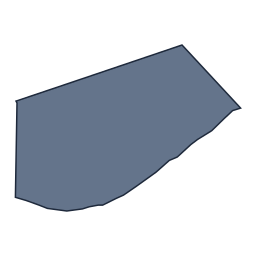 Georgeville, Castries, Saint Lucia
{"feature_id": "8701671B52064180240109", "entity_name": "Georgeville", "entity_type": "district", "adm_level": 2, "iso_a3": "LCA", "parent_name": "Saint Lucia", "parent_adm1": "Castries", "projection": "robinson", "projection_center": [-60.984, 14.013], "detail": "fine", "context": "isolated", "style": "filled", "palette": "slate", "viewbox_px": 256, "rotation_deg": 0, "n_neighbors": 0, "source": "geoboundaries", "source_scale": "gbopen_adm2", "svg_char_len": 441}
<svg xmlns="http://www.w3.org/2000/svg" viewBox="0 0 256 256"><path d="M77.1,80.5L16.0,101.1L17.0,103.0L15.4,197.3L26.2,200.5L39.0,205.1L47.4,208.4L66.8,211.0L82.5,208.9L89.1,206.8L98.3,205.1L102.7,205.1L116.2,198.4L123.5,195.1L136.3,186.3L156.1,172.1L169.3,160.4L177.3,157.0L190.9,144.5L197.5,139.5L211.7,130.7L224.5,118.2L228.2,114.8L232.6,110.6L240.6,108.1L182.0,45.0L77.1,80.5Z" fill="#64748b" stroke="#1e293b" stroke-width="1.5"/></svg>